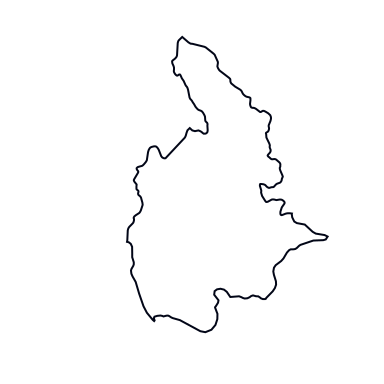 an SVG outline of Chiang Rai, rotated 143°
{"feature_id": "THA-389", "entity_name": "Chiang Rai", "entity_type": "Province", "adm_level": 1, "iso_a3": "THA", "parent_name": "Thailand", "parent_adm1": "", "projection": "orthographic", "projection_center": [99.723, 19.722], "detail": "fine", "context": "isolated", "style": "outline", "palette": "ink", "viewbox_px": 384, "rotation_deg": 143, "n_neighbors": 0, "source": "natural_earth", "source_scale": "10m", "svg_char_len": 5652}
<svg xmlns="http://www.w3.org/2000/svg" viewBox="0 0 384 384"><g transform="rotate(143 192 192)"><path d="M197.3,62.3L198.1,62.5L199.9,63.9L200.9,65.5L201.3,67.2L201.9,68.8L203.6,70.2L205.5,72.7L207.3,73.3L209.3,73.3L211.7,73.8L214.0,75.2L215.1,76.7L215.9,78.4L217.2,80.4L224.6,85.1L224.3,91.3L225.2,94.8L227.5,97.6L230.6,99.2L233.6,99.2L236.1,96.6L236.0,89.6L237.6,88.1L238.1,87.8L241.8,86.4L242.7,86.2L243.1,85.9L245.0,79.4L248.3,75.2L253.3,71.7L259.4,70.3L265.7,72.0L269.1,75.8L278.8,97.0L283.2,102.8L284.0,104.2L284.9,106.7L285.5,107.7L286.8,108.6L289.7,109.8L290.2,110.8L291.5,112.3L294.3,114.0L297.0,115.0L298.3,114.3L299.2,111.9L299.9,111.7L300.3,113.5L300.7,122.7L299.5,129.9L295.4,142.6L291.1,154.1L290.3,160.3L289.6,163.2L288.0,166.0L286.6,167.0L283.3,168.4L282.0,169.3L280.8,170.9L279.0,175.9L276.8,178.8L272.8,184.3L272.1,187.5L272.8,190.0L273.9,191.3L272.7,192.4L266.4,200.0L265.0,201.1L264.2,201.5L263.1,201.9L258.4,202.6L257.5,202.8L256.6,203.3L255.4,204.3L254.8,205.0L254.5,205.5L254.4,206.0L254.1,206.5L253.5,206.9L252.7,207.2L251.0,207.3L246.9,207.0L246.2,207.1L245.1,207.5L243.9,208.1L239.6,211.1L239.1,211.5L238.8,212.0L238.0,213.4L236.6,217.0L236.2,217.9L236.0,219.0L236.0,219.6L236.1,220.2L236.4,221.3L236.5,221.9L236.4,222.4L236.2,222.9L235.9,223.3L235.5,223.7L234.7,224.3L234.4,224.7L234.2,225.2L234.2,225.7L234.4,226.3L234.5,226.9L234.6,227.4L234.5,227.9L234.2,228.3L233.0,229.9L232.0,231.0L231.7,231.4L231.7,231.6L231.8,234.2L231.8,234.8L231.7,235.5L231.6,236.0L231.3,236.5L230.5,237.0L223.7,239.8L223.3,240.0L222.9,240.3L222.6,240.7L222.5,241.1L222.5,242.2L222.5,242.8L222.4,243.4L222.2,243.9L221.9,244.3L221.2,244.5L220.2,244.5L218.3,243.8L216.6,243.1L216.0,242.9L215.0,242.9L213.6,243.1L211.0,243.7L209.7,244.2L208.9,244.6L203.1,250.3L201.3,251.6L200.2,252.1L199.0,252.5L198.1,252.5L196.9,252.2L194.8,251.3L193.9,250.6L193.3,249.9L193.0,248.6L193.0,247.1L193.2,245.6L195.0,239.2L195.0,238.5L195.0,237.7L194.8,237.1L194.5,236.5L194.2,236.0L193.8,235.5L192.8,234.9L165.2,239.7L164.2,240.1L163.0,240.8L160.8,242.5L158.5,244.0L155.3,244.4L154.7,241.0L153.0,238.8L149.8,237.3L148.7,235.4L148.2,234.1L148.0,232.9L147.6,231.6L146.6,230.8L145.8,230.4L145.0,230.3L144.4,230.4L143.7,230.6L143.3,230.9L142.9,231.3L142.3,231.9L139.8,235.7L138.8,236.8L138.5,237.4L138.3,238.1L138.4,238.8L138.5,239.4L138.6,240.1L138.5,240.8L138.2,241.4L136.3,244.3L136.1,245.0L135.9,245.6L135.5,248.5L135.5,249.2L135.6,250.6L136.1,251.7L137.1,253.2L137.4,253.8L137.6,254.4L137.8,255.8L137.9,258.0L137.5,260.8L137.4,263.3L137.2,264.6L137.2,265.5L137.2,266.3L137.4,267.0L137.3,267.9L137.1,268.9L133.6,276.1L133.0,277.8L132.8,279.0L132.9,280.5L132.8,281.4L131.8,285.8L131.7,288.8L131.0,291.8L130.9,292.6L131.0,293.2L131.5,293.5L132.1,293.7L132.8,293.6L133.4,293.7L133.9,293.9L134.2,294.4L134.4,295.3L134.5,296.4L134.3,298.2L134.0,299.1L133.4,299.9L132.7,300.6L131.5,302.2L130.9,303.8L130.3,306.5L129.7,307.6L129.2,308.4L128.6,308.6L128.0,308.7L125.7,308.7L124.4,308.9L123.5,309.1L123.0,309.3L122.0,309.9L121.5,310.4L113.7,319.6L112.8,320.3L112.4,320.6L111.8,320.9L111.2,321.1L106.5,321.7L104.8,313.7L103.9,311.4L102.4,310.0L94.7,300.5L94.0,299.2L91.5,289.4L91.3,288.0L93.0,280.5L93.3,280.0L93.6,279.5L96.1,277.1L96.4,276.3L96.7,275.2L96.9,273.2L96.8,272.1L93.7,260.9L93.5,259.4L93.7,258.8L94.9,257.0L95.2,255.9L95.3,255.1L94.1,250.1L92.0,244.9L91.7,243.7L91.7,242.6L92.2,240.1L92.2,239.2L92.1,238.3L91.7,236.6L91.4,235.9L91.1,235.3L89.2,233.0L88.9,232.3L88.9,231.8L89.0,231.6L90.1,230.1L92.5,227.6L92.9,227.0L93.3,226.2L93.7,224.9L93.8,224.0L93.5,223.4L92.7,222.5L92.2,222.2L91.8,221.7L91.3,220.9L90.8,219.7L89.8,216.0L89.5,215.0L89.1,214.6L88.5,214.4L87.1,214.3L86.4,214.1L85.7,213.4L85.0,212.1L83.8,209.1L83.5,207.5L83.3,206.3L83.5,205.6L83.6,205.0L83.9,204.4L84.2,203.8L84.9,202.9L86.6,201.5L90.3,199.3L90.7,199.0L91.1,198.5L91.4,198.0L91.9,196.9L92.2,196.4L92.6,196.0L93.0,195.6L94.0,194.9L94.6,194.7L95.3,194.5L95.9,194.6L96.6,194.7L97.2,194.7L97.7,194.3L98.1,193.3L98.6,192.6L99.8,190.7L101.1,184.2L101.4,183.3L101.7,182.5L102.9,181.2L103.2,180.6L103.7,178.9L103.9,178.2L104.3,177.8L104.7,177.3L105.1,177.0L105.7,176.7L106.3,176.5L108.4,176.1L109.1,175.9L109.7,175.5L109.8,174.9L109.7,174.1L109.4,173.2L109.1,171.4L108.8,170.5L108.3,169.9L106.8,169.0L106.3,168.7L105.5,167.8L105.2,166.9L104.4,163.1L104.4,161.9L104.7,161.0L105.5,160.1L105.8,159.6L106.2,159.2L106.6,158.9L107.2,158.6L107.9,157.7L108.5,156.2L109.8,150.9L110.2,149.7L110.6,149.4L112.2,148.5L113.5,147.3L114.0,147.0L114.6,146.8L115.1,146.6L115.8,146.5L116.5,146.6L119.0,147.4L120.3,147.5L123.5,146.9L123.8,146.9L124.3,147.1L125.2,147.7L125.7,148.0L127.6,148.7L128.1,149.0L128.4,149.5L128.9,150.5L129.2,151.9L129.2,152.6L129.3,153.3L129.5,153.9L130.1,154.9L130.5,155.4L132.2,157.0L132.7,157.3L133.4,156.9L134.1,156.0L135.5,152.2L135.9,151.3L137.2,149.9L138.4,146.6L138.9,140.7L138.8,139.5L138.4,139.1L137.8,138.8L137.3,138.6L133.1,138.0L132.5,137.8L131.5,137.1L130.7,136.3L129.6,134.9L129.2,134.6L126.5,133.2L125.5,132.4L125.0,131.8L124.6,131.0L124.2,129.3L124.2,128.3L124.5,127.7L124.9,127.3L125.5,127.0L129.2,125.8L129.8,125.5L133.2,123.1L133.8,122.4L134.6,121.3L134.8,120.5L134.6,119.9L134.2,119.5L133.0,119.1L130.4,118.4L129.2,117.9L128.2,117.3L126.5,116.0L125.2,114.7L125.5,114.5L127.2,111.5L128.1,106.9L127.0,104.1L121.5,98.1L119.6,87.6L118.2,84.3L112.0,77.8L110.5,74.8L113.7,73.6L116.1,74.5L124.3,80.2L137.2,84.5L138.8,84.6L141.9,84.2L143.7,84.3L145.2,85.0L147.7,86.8L149.4,87.1L152.6,86.5L158.9,83.9L162.3,83.2L169.2,83.2L172.1,82.2L174.9,79.6L176.4,76.6L178.7,70.2L180.6,67.4L183.6,65.4L187.3,64.1L196.5,62.7L197.3,62.3Z" fill="none" stroke="#020617" stroke-width="2"/></g></svg>